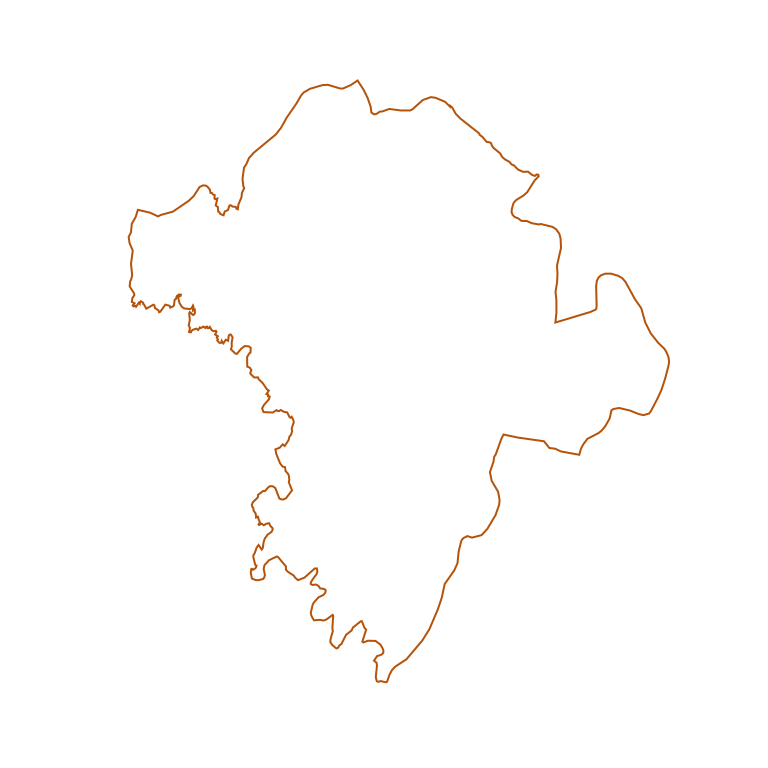 Ioba, Ioba, Burkina Faso, rotated 10°
{"feature_id": "67063806B47797635439115", "entity_name": "Ioba", "entity_type": "district", "adm_level": 2, "iso_a3": "BFA", "parent_name": "Burkina Faso", "parent_adm1": "Ioba", "projection": "equal_earth", "projection_center": [-3.138, 11.037], "detail": "fine", "context": "isolated", "style": "outline", "palette": "amber", "viewbox_px": 768, "rotation_deg": 10, "n_neighbors": 0, "source": "geoboundaries", "source_scale": "gbopen_adm2", "svg_char_len": 6142}
<svg xmlns="http://www.w3.org/2000/svg" viewBox="0 0 768 768"><g transform="rotate(10 384 384)"><path d="M500.3,152.5L499.7,151.2L498.0,151.1L496.4,152.9L493.1,152.2L488.9,149.9L484.0,150.9L478.6,149.5L474.1,146.2L471.5,145.6L469.1,143.5L464.1,141.8L460.9,139.8L458.3,136.7L450.9,132.5L448.7,130.3L447.7,128.3L445.8,127.6L443.1,127.8L438.1,123.6L434.8,121.9L434.4,120.8L412.7,109.1L407.7,105.4L403.1,99.8L401.0,98.6L401.0,99.5L395.2,95.5L385.1,93.2L380.5,93.3L373.0,97.5L364.4,108.4L362.3,110.1L352.9,111.7L341.5,112.2L335.0,115.9L332.6,116.5L329.8,119.2L327.5,120.2L324.4,118.8L322.7,113.2L318.3,105.3L312.9,97.9L305.3,89.7L299.2,95.5L292.2,100.2L289.4,100.6L276.8,99.1L271.6,100.3L259.9,106.1L254.3,110.8L252.3,114.2L249.0,123.1L242.0,138.4L238.0,149.8L234.0,157.2L215.6,178.8L211.8,184.9L210.3,191.2L208.6,195.3L209.0,206.4L211.0,213.3L212.3,215.5L210.9,220.3L211.2,224.9L209.5,232.2L209.7,237.3L208.2,237.0L207.9,235.7L206.7,235.3L204.2,235.6L201.9,234.6L200.8,235.0L200.1,239.8L197.2,241.8L196.7,245.7L193.3,245.0L191.8,243.2L190.8,243.0L189.7,238.6L187.3,237.4L187.7,230.3L185.6,231.3L184.8,230.7L184.5,227.4L182.6,227.0L181.4,225.8L179.9,225.9L178.9,223.0L176.0,220.4L174.1,219.6L171.3,219.8L168.2,222.0L164.0,231.9L159.9,237.5L146.2,250.9L134.6,256.4L132.4,258.2L123.9,255.9L111.4,255.2L110.4,262.8L107.8,270.1L108.5,278.5L107.0,283.5L108.9,289.3L113.4,296.2L114.0,309.7L117.1,320.6L116.9,324.7L116.2,327.0L116.6,332.1L122.2,338.2L122.7,339.8L121.3,343.2L121.4,347.0L124.3,347.8L122.9,350.3L123.8,351.1L125.6,350.2L126.4,351.0L128.5,346.4L129.6,347.4L129.5,345.6L130.1,344.7L132.7,345.8L133.0,347.1L133.8,347.3L136.8,351.1L143.2,345.9L144.2,346.4L145.3,349.0L149.0,350.6L150.1,352.4L151.1,351.8L154.9,343.8L159.3,344.2L160.2,345.9L162.9,344.1L163.5,342.8L163.2,337.5L164.3,336.3L164.7,333.4L166.4,331.5L168.5,331.3L168.4,332.5L166.6,333.6L166.4,335.0L168.5,339.7L171.5,343.1L174.0,344.3L179.9,343.9L181.4,342.7L182.3,339.8L182.9,340.7L183.1,344.8L184.6,343.4L185.0,344.5L185.4,346.9L185.1,348.4L183.9,349.2L180.2,346.9L179.9,348.2L181.7,354.9L181.5,360.3L183.2,362.4L183.0,366.7L184.9,366.6L185.3,364.9L186.2,363.9L189.5,362.1L191.6,363.1L192.8,360.3L193.8,360.8L196.2,358.8L198.3,359.9L198.9,358.5L200.0,358.2L200.6,359.7L201.8,359.4L202.6,358.0L205.0,360.9L207.0,361.6L209.1,360.8L210.0,361.6L209.1,364.6L212.1,365.8L211.2,367.2L212.7,368.8L212.2,370.1L214.8,372.1L216.7,371.6L216.7,369.7L218.8,371.9L220.5,367.9L223.0,368.5L222.7,363.9L223.1,362.5L224.2,361.8L225.1,362.4L226.8,364.4L226.8,369.9L227.6,373.4L227.2,376.4L232.3,379.8L233.9,379.9L237.3,374.0L240.3,370.8L244.2,370.4L246.4,371.4L247.1,376.2L246.1,377.0L244.5,381.1L246.3,390.6L249.0,391.2L250.9,393.2L250.4,396.7L251.6,397.8L255.1,400.1L258.7,399.4L259.7,401.0L264.4,404.2L269.6,409.5L271.7,410.5L270.0,414.3L271.7,414.5L271.9,416.2L273.6,416.2L273.4,419.0L269.4,425.5L268.2,429.1L270.2,432.6L279.4,431.4L282.7,428.4L284.1,429.1L285.6,428.8L286.9,427.5L290.3,428.8L293.6,428.8L296.8,433.1L298.0,433.4L298.8,432.3L301.1,435.4L301.8,437.4L300.8,443.7L301.7,446.3L301.3,450.1L300.0,452.2L299.8,455.8L297.0,462.3L294.8,461.0L292.3,464.9L288.4,467.2L290.1,471.6L295.4,480.1L298.5,483.0L300.9,483.0L302.2,486.8L305.1,489.1L306.3,491.0L307.4,494.9L307.3,497.2L311.9,504.7L307.3,513.6L304.6,515.3L302.5,515.4L300.8,514.9L295.0,505.3L292.4,504.1L289.7,504.3L288.1,505.7L285.4,510.0L283.5,510.4L279.3,514.9L279.4,517.6L275.3,523.4L274.8,526.0L275.6,527.8L276.7,528.7L277.7,531.5L280.1,533.8L281.2,537.7L282.6,536.5L283.4,537.1L283.6,538.5L285.9,541.8L284.8,544.0L285.5,544.6L287.8,542.8L290.2,544.0L292.1,542.2L295.0,541.0L296.9,543.7L299.1,545.1L299.7,546.5L298.9,549.2L295.6,552.5L293.4,556.9L292.9,561.0L293.1,566.6L292.3,568.3L288.4,564.3L286.9,567.5L286.1,572.8L285.1,575.4L285.4,577.2L288.6,584.5L290.0,585.0L289.8,586.9L288.8,588.4L287.1,589.7L286.1,588.9L285.4,589.4L285.6,593.1L287.7,598.5L291.7,599.4L294.8,598.9L298.9,596.9L299.7,595.1L299.9,592.7L297.6,587.0L297.8,583.0L301.5,577.4L308.3,572.5L309.7,572.8L319.2,580.8L319.6,583.8L321.7,585.5L328.5,588.4L330.3,590.3L333.4,592.1L339.3,588.5L347.8,577.7L350.0,577.3L351.0,580.7L350.5,583.1L347.2,589.9L346.3,592.7L346.7,593.8L348.3,594.3L351.9,593.3L354.6,594.2L356.6,596.4L360.0,596.2L362.0,596.8L362.5,597.9L362.4,599.9L361.0,602.2L356.5,605.5L353.0,611.1L352.1,613.6L351.6,621.9L352.5,624.4L354.4,627.0L356.2,628.9L361.6,627.4L365.7,627.4L368.5,625.6L373.5,620.3L374.2,620.9L375.5,632.9L376.5,636.4L375.7,644.3L375.9,647.4L378.2,649.9L383.0,652.7L384.7,651.6L385.3,649.3L387.2,647.5L390.2,637.6L394.9,632.3L395.7,629.2L402.3,621.7L403.3,621.4L407.2,627.6L409.1,629.0L407.4,641.5L408.6,642.1L412.8,639.6L420.3,638.5L425.8,641.3L428.9,645.1L429.8,647.0L429.9,649.3L428.0,651.4L424.5,653.1L422.2,658.2L425.1,659.8L426.0,662.7L426.8,674.1L428.5,677.9L429.9,678.3L432.5,677.1L437.5,677.5L438.7,676.7L439.9,669.3L441.6,664.2L444.3,660.2L453.9,651.2L466.2,630.1L471.3,617.5L476.2,596.3L478.0,584.4L478.5,570.5L485.6,555.2L487.5,547.6L486.6,535.8L487.4,524.7L488.9,522.0L492.5,519.3L497.3,520.0L506.3,515.9L511.0,508.6L516.6,493.8L518.4,482.9L517.9,478.0L515.1,470.3L506.9,460.7L503.6,452.4L505.3,441.7L505.2,436.4L506.3,433.9L509.1,417.5L510.5,413.0L525.3,413.5L551.5,412.6L558.0,418.3L563.8,418.0L570.0,419.7L588.6,419.8L589.2,413.6L590.7,408.9L593.8,402.7L603.8,395.1L606.5,392.0L609.2,387.2L612.2,378.8L612.6,370.3L614.3,368.8L619.6,366.8L630.7,367.4L640.2,369.4L645.0,369.6L650.1,367.1L651.4,364.8L655.6,351.7L658.3,341.6L660.0,329.2L661.0,316.7L660.9,312.7L659.5,308.1L656.7,303.7L654.1,300.7L646.7,295.7L637.9,287.8L630.7,278.2L624.2,264.7L616.4,256.9L604.1,241.5L600.1,238.3L595.9,236.8L588.5,235.9L582.8,236.9L578.7,239.4L576.8,241.9L575.7,245.3L575.9,250.7L579.8,270.0L580.0,272.9L579.5,274.0L574.8,277.2L542.1,293.7L541.4,283.6L539.1,271.0L536.9,263.5L536.8,253.9L535.7,245.3L533.8,237.3L534.7,219.4L532.7,210.2L530.5,205.5L526.6,201.7L522.5,200.0L510.5,199.2L508.8,200.0L501.7,200.0L496.4,198.7L491.1,199.5L487.4,197.6L483.5,196.8L481.3,195.1L479.8,192.6L479.5,189.0L480.1,183.8L480.8,182.0L482.3,179.8L488.6,174.2L491.7,170.3L497.0,157.4L500.3,152.5Z" fill="none" stroke="#b45309" stroke-width="2"/></g></svg>